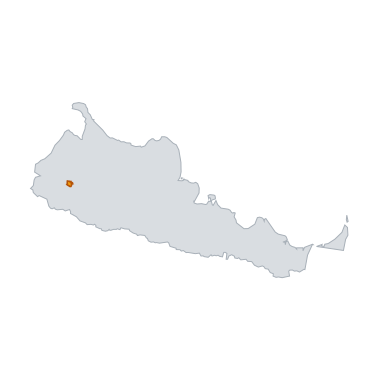 location of Burruyacú, Tucumán, Argentina, rotated 278°
{"feature_id": "61730980B16369231979992", "entity_name": "Burruyacú", "entity_type": "district", "adm_level": 2, "iso_a3": "ARG", "parent_name": "Argentina", "parent_adm1": "Tucumán", "projection": "mercator", "projection_center": [-64.978, -26.55], "detail": "fine", "context": "in_parent", "style": "filled", "palette": "amber", "viewbox_px": 384, "rotation_deg": 278, "n_neighbors": 0, "source": "geoboundaries", "source_scale": "gbopen_adm2", "svg_char_len": 4666}
<svg xmlns="http://www.w3.org/2000/svg" viewBox="0 0 384 384"><g transform="rotate(278 192 192)"><path d="M236.0,100.0L234.1,103.4L234.5,105.7L232.7,111.1L233.2,112.2L231.8,114.8L232.3,117.6L231.5,120.3L231.9,123.8L231.3,124.8L230.0,125.1L229.1,129.9L230.3,134.6L229.3,135.5L231.1,139.0L236.4,141.9L239.2,145.0L239.3,146.3L237.9,148.2L237.7,149.9L238.5,152.1L239.9,153.5L242.5,154.3L242.9,157.4L242.5,159.5L237.6,166.7L236.5,169.9L231.8,173.1L219.8,176.9L210.4,178.4L205.0,178.1L201.4,176.6L201.7,180.7L203.5,182.0L202.6,182.0L203.3,182.8L202.9,186.3L201.8,186.9L200.9,189.8L201.0,192.3L202.1,194.4L201.0,196.5L196.9,198.6L192.0,199.1L183.0,195.7L183.4,195.2L182.9,195.0L181.4,195.7L180.8,198.6L181.8,203.1L181.5,207.0L182.0,208.3L185.3,209.8L185.1,211.4L186.2,211.6L188.5,211.2L188.8,209.9L187.6,209.5L190.7,208.4L191.9,210.1L192.0,214.2L191.5,215.3L189.0,216.1L188.3,215.9L186.9,213.0L185.7,212.4L182.1,213.9L181.7,214.8L186.9,216.9L183.1,219.1L180.1,223.0L180.0,230.2L179.3,232.2L177.2,234.1L176.8,235.5L177.5,236.3L177.2,237.7L173.2,237.2L170.3,239.5L167.7,240.3L162.9,248.6L163.6,252.7L168.9,258.7L175.7,260.3L176.5,262.4L176.2,264.8L175.4,266.2L173.0,267.6L175.1,267.6L176.0,268.8L163.9,280.0L162.3,283.3L161.6,290.2L160.6,291.6L158.1,293.0L156.4,291.5L155.1,289.0L155.1,291.1L152.8,291.8L155.6,291.9L156.9,293.6L153.1,296.2L152.0,298.5L151.5,301.7L150.0,303.6L151.2,303.2L152.2,309.7L149.2,310.1L152.9,311.2L157.1,318.7L156.7,319.3L156.6,318.5L145.6,315.2L130.9,314.6L131.0,313.6L127.7,309.6L128.5,306.8L127.9,304.4L128.7,302.3L128.2,299.6L127.0,298.8L122.3,300.3L119.7,293.2L119.9,289.5L119.2,287.1L120.0,284.0L122.4,283.9L123.1,280.7L126.2,278.2L126.3,275.2L128.1,273.5L128.6,272.0L126.9,268.1L128.2,264.0L131.4,260.8L131.1,256.8L132.9,254.9L131.6,249.7L133.4,247.5L132.5,246.3L132.6,243.6L134.3,242.9L135.4,240.0L133.7,237.4L130.4,236.6L130.2,235.2L136.1,235.1L136.9,233.1L136.5,231.8L132.0,231.2L132.1,228.4L133.0,226.6L132.2,224.8L132.5,223.2L131.4,220.7L132.5,219.6L129.6,217.1L129.7,213.0L130.3,212.0L129.9,209.8L132.5,207.8L131.4,203.9L131.6,196.5L131.2,194.6L132.8,191.6L132.0,189.6L133.2,188.1L132.8,184.4L134.1,184.1L135.1,177.8L138.4,176.0L139.1,174.7L136.8,166.9L137.0,164.0L136.6,162.6L137.2,160.9L136.6,158.4L137.6,155.5L139.9,154.3L140.1,153.3L142.4,151.3L142.3,146.5L141.3,144.0L142.5,143.1L143.2,139.4L145.0,135.6L146.4,134.9L146.1,130.5L146.7,126.6L144.7,125.9L145.2,123.1L144.5,122.4L144.1,119.5L142.8,117.0L142.7,115.8L143.5,115.1L142.0,114.1L141.1,111.7L141.3,109.6L141.5,108.1L143.1,107.1L142.8,106.0L144.1,101.6L145.7,101.4L146.5,99.9L145.6,99.0L145.9,96.4L145.1,92.7L146.6,90.8L147.8,85.1L151.4,81.0L153.8,74.7L155.6,74.5L157.6,73.2L155.6,69.1L156.9,66.5L155.6,61.0L156.0,59.0L157.2,57.9L155.9,55.8L156.3,54.1L158.1,52.2L164.7,49.3L167.2,41.1L165.9,39.7L169.4,34.9L171.9,34.1L173.0,31.6L176.3,34.0L182.0,34.0L184.8,35.0L186.9,39.7L189.8,33.4L197.7,33.2L199.3,35.5L202.3,38.0L204.4,41.6L210.9,47.1L219.3,49.8L224.5,53.6L230.5,56.8L233.4,57.5L235.7,59.8L236.3,61.4L234.9,62.8L233.9,65.3L232.3,66.7L231.7,68.3L231.7,70.4L228.6,74.5L228.7,76.0L231.9,75.6L239.6,77.3L243.4,77.2L244.6,78.0L246.6,76.0L249.9,76.8L252.0,73.5L254.1,72.8L256.4,70.5L257.4,67.7L257.9,61.8L259.2,62.2L261.3,61.3L263.2,62.5L264.8,67.6L264.5,72.4L263.6,74.4L261.3,75.5L260.0,76.9L256.3,77.9L254.3,80.5L249.8,83.3L250.1,84.8L248.6,84.7L240.9,95.0L236.0,100.0ZM155.2,350.1L155.4,322.9L158.2,328.1L156.8,327.7L156.4,330.3L158.8,330.8L159.9,334.0L165.1,340.0L172.9,346.1L180.6,347.9L178.5,350.9L170.9,352.4L166.4,350.7L155.2,350.1ZM183.7,349.8L186.0,348.7L190.6,348.5L184.6,350.7L183.7,349.8ZM204.6,179.7L204.5,180.6L203.2,179.3L204.6,179.7Z" fill="#d9dde1" stroke="#a8b0b8" stroke-width="1"/><path d="M185.6,67.0L185.4,67.0L185.2,67.0L184.9,67.0L184.7,67.1L184.4,67.2L184.2,67.2L183.9,67.2L183.7,67.1L183.4,67.1L183.2,67.1L183.0,67.3L182.9,67.3L182.8,67.5L182.7,67.5L182.4,67.6L182.2,67.7L181.9,67.5L181.7,67.5L181.7,67.4L181.6,67.5L181.6,67.8L181.5,68.0L181.5,67.9L181.4,68.0L181.3,68.3L181.2,68.4L181.2,68.5L181.1,68.8L181.1,69.0L181.1,69.3L180.9,69.4L180.8,69.5L180.7,69.6L180.5,69.8L180.5,70.0L180.6,69.9L180.7,70.0L180.6,70.3L180.5,70.5L180.6,70.8L180.7,71.0L180.8,71.1L180.8,71.3L181.0,71.3L181.2,71.6L182.3,71.8L182.3,71.7L182.8,71.5L182.7,72.0L183.0,72.1L183.0,71.9L183.3,71.9L183.3,72.1L183.5,72.1L183.8,72.3L183.8,72.5L183.9,72.4L184.0,72.4L184.1,71.9L184.3,72.0L184.3,71.7L184.7,71.8L184.9,70.6L185.6,70.7L185.6,70.2L185.5,69.7L185.4,69.7L185.5,69.4L185.4,69.4L185.5,69.3L185.5,69.2L185.4,69.1L185.4,68.9L185.4,68.7L185.4,68.4L185.4,68.1L185.5,68.1L185.6,67.9L185.7,67.7L185.6,67.2L185.6,67.0Z" fill="#f59e0b" stroke="#b45309" stroke-width="1.5"/></g></svg>